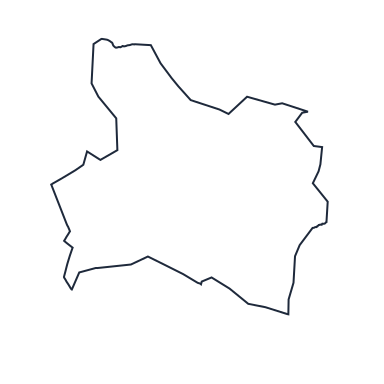 the district of Tolbo, Bayan-Ölgiy, Mongolia, rotated 17°
{"feature_id": "93677404B88503243621788", "entity_name": "Tolbo", "entity_type": "district", "adm_level": 2, "iso_a3": "MNG", "parent_name": "Mongolia", "parent_adm1": "Bayan-Ölgiy", "projection": "albers", "projection_center": [90.293, 48.38], "detail": "fine", "context": "isolated", "style": "outline", "palette": "slate", "viewbox_px": 384, "rotation_deg": 17, "n_neighbors": 0, "source": "geoboundaries", "source_scale": "gbopen_adm2", "svg_char_len": 2140}
<svg xmlns="http://www.w3.org/2000/svg" viewBox="0 0 384 384"><g transform="rotate(17 192 192)"><path d="M105.4,320.4L105.6,320.4L107.7,301.9L122.2,292.8L123.7,292.4L154.8,279.2L168.7,266.6L186.8,269.6L207.5,273.1L224.0,277.2L226.7,277.2L227.6,277.6L227.5,274.8L235.7,268.0L256.2,273.4L278.5,282.5L295.9,280.7L318.8,280.9L319.9,280.8L315.8,266.5L315.6,249.1L309.3,223.3L310.5,211.3L317.8,191.1L318.6,190.8L319.1,190.5L319.5,190.2L319.7,189.9L319.9,189.7L320.2,189.5L320.8,189.3L321.2,189.2L321.3,189.0L321.4,188.6L321.8,188.5L322.0,188.3L322.2,187.6L322.5,187.2L322.8,186.8L322.9,186.5L323.2,186.4L323.6,186.1L323.9,185.9L324.1,185.7L324.5,185.6L325.0,185.6L325.3,185.5L325.6,185.4L325.6,185.1L325.7,184.6L325.9,184.2L326.3,184.1L326.8,184.0L327.3,183.9L327.6,183.7L328.0,183.5L328.5,183.0L328.7,182.4L328.9,181.9L329.4,181.5L324.6,161.6L305.0,148.3L307.0,135.2L306.7,128.0L303.3,111.0L295.0,112.4L270.3,94.8L274.2,84.0L279.4,81.3L252.3,80.8L245.8,84.2L216.8,84.8L204.1,106.7L194.1,105.1L163.9,104.5L148.0,94.9L139.3,89.1L124.3,78.1L109.7,63.6L94.1,67.4L93.8,67.7L93.3,67.8L92.8,67.9L92.2,68.0L91.5,68.3L90.6,68.9L89.7,69.6L88.6,70.1L87.9,70.4L87.3,70.7L86.5,71.4L85.8,71.9L84.7,72.5L83.9,72.7L83.6,72.7L83.4,72.6L83.2,72.6L82.9,72.7L82.2,73.6L81.2,74.5L80.9,74.6L80.3,74.6L79.7,74.7L79.1,75.1L78.6,75.5L77.9,75.8L77.2,76.2L76.7,76.2L75.9,76.0L75.3,75.7L74.1,75.1L73.4,74.4L72.9,73.6L72.6,73.4L72.4,73.0L71.8,72.5L70.9,72.3L69.6,71.8L68.4,71.5L67.4,71.3L66.5,71.2L65.4,71.3L61.2,71.9L60.6,72.1L54.6,79.3L64.2,117.5L74.6,128.2L98.0,143.7L108.4,173.8L95.0,188.1L79.8,183.9L80.1,197.7L74.1,205.3L62.8,217.8L56.2,224.8L55.9,225.3L55.2,226.0L73.4,249.0L81.3,259.0L82.4,260.3L82.9,260.8L83.8,261.6L84.5,262.5L85.3,263.4L86.8,265.3L86.5,266.3L85.8,269.1L85.1,271.5L84.6,273.8L84.2,275.3L84.0,276.1L85.1,276.6L87.0,277.4L88.8,278.1L90.9,278.9L92.5,279.5L93.5,279.9L94.1,280.1L94.0,282.7L93.9,285.8L93.8,288.7L93.8,291.3L93.8,294.1L93.8,297.1L93.9,299.6L94.0,301.7L94.1,303.7L94.2,305.8L94.3,308.8L94.4,310.7L94.7,311.2L96.6,312.8L98.2,314.4L100.9,316.6L103.0,318.5L104.2,319.6L105.4,320.4Z" fill="none" stroke="#1e293b" stroke-width="2"/></g></svg>